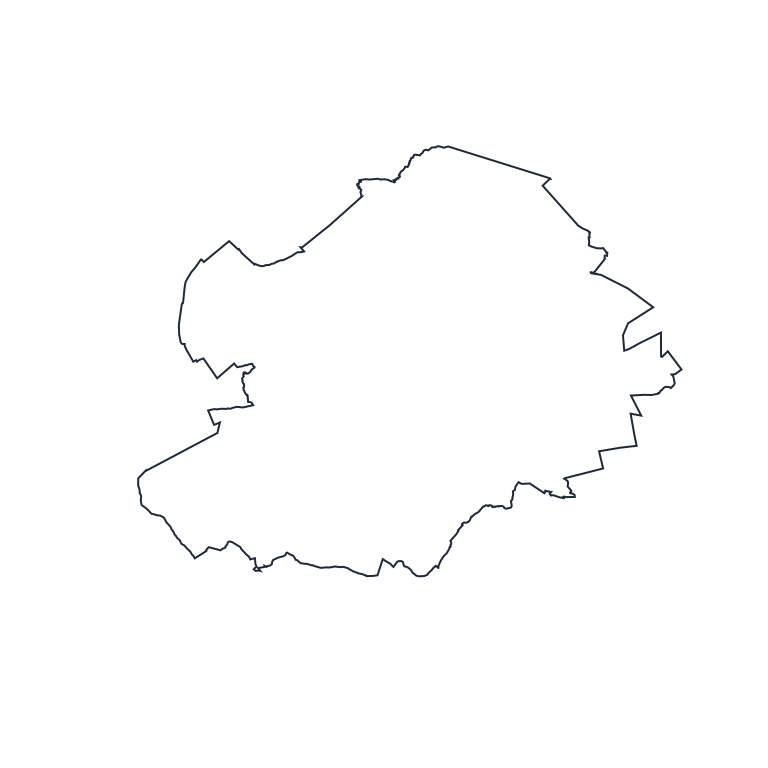 outline of General Francisco R. Murguía, Zacatecas, Mexico, rotated 138°
{"feature_id": "50627088B31059355925449", "entity_name": "General Francisco R. Murguía", "entity_type": "district", "adm_level": 2, "iso_a3": "MEX", "parent_name": "Mexico", "parent_adm1": "Zacatecas", "projection": "natural_earth1", "projection_center": [-102.697, 24.128], "detail": "fine", "context": "isolated", "style": "outline", "palette": "slate", "viewbox_px": 768, "rotation_deg": 138, "n_neighbors": 0, "source": "geoboundaries", "source_scale": "gbopen_adm2", "svg_char_len": 6166}
<svg xmlns="http://www.w3.org/2000/svg" viewBox="0 0 768 768"><g transform="rotate(138 384 384)"><path d="M324.9,178.6L317.8,172.4L316.6,174.0L317.2,176.2L317.6,177.0L318.4,177.6L318.6,178.5L318.1,179.0L316.9,178.9L316.2,179.3L316.1,185.0L313.7,186.9L312.6,188.6L312.8,191.3L313.5,193.1L312.8,193.1L277.7,174.6L269.2,190.1L251.4,178.8L237.6,169.0L232.7,177.5L220.6,196.9L214.0,188.4L208.2,210.2L197.6,201.6L192.8,197.0L190.6,195.6L186.4,193.2L186.0,193.7L185.1,193.2L183.0,193.9L183.4,194.3L181.8,193.5L179.3,194.0L176.8,193.6L174.2,191.0L173.7,190.0L173.8,189.3L173.1,189.0L169.1,189.3L167.4,190.1L164.0,195.9L163.9,198.6L161.1,196.5L153.2,195.7L151.2,218.4L159.1,218.1L159.8,218.9L143.8,236.9L167.1,243.4L178.5,246.0L183.2,248.0L173.8,260.3L162.0,265.8L132.6,260.9L138.8,291.7L149.7,319.8L151.7,322.4L151.8,323.0L152.3,323.1L152.6,324.0L153.0,323.9L154.4,325.6L154.7,326.8L155.1,326.7L156.0,327.9L155.7,328.7L155.2,328.4L155.4,327.7L152.8,326.4L137.0,329.0L136.4,329.1L136.5,329.3L134.0,331.7L132.5,330.0L130.1,332.3L130.9,333.2L130.5,333.8L130.2,338.5L131.5,339.1L135.1,342.6L137.9,347.4L139.0,350.0L136.2,352.5L133.9,356.0L133.0,355.5L132.3,356.7L130.6,358.0L130.5,358.9L129.6,358.9L129.7,360.8L132.6,367.4L133.2,370.3L133.7,371.3L133.4,425.2L123.6,425.5L123.1,425.0L122.9,425.6L177.4,517.6L181.4,519.5L184.1,523.9L185.5,525.0L187.2,525.2L188.8,526.7L190.5,527.8L194.6,527.9L196.1,530.0L197.3,530.6L198.7,530.8L200.8,530.0L202.3,530.2L204.5,529.9L205.5,531.5L206.4,532.1L206.8,533.1L208.2,534.1L209.7,533.6L209.9,533.1L211.2,533.4L211.5,532.9L213.0,533.7L214.1,532.7L215.7,532.5L215.9,532.0L216.3,532.0L216.8,531.3L217.6,531.5L218.3,530.4L219.1,530.5L220.2,529.5L221.5,529.6L222.3,531.0L223.2,531.3L224.2,530.6L226.6,530.2L229.6,530.5L231.8,529.5L232.8,529.6L233.2,529.2L233.1,527.8L233.7,527.3L235.9,528.0L236.0,527.2L238.3,528.3L238.6,527.7L240.1,528.8L240.2,527.8L240.7,526.8L241.4,526.9L241.9,528.4L243.1,529.8L244.4,532.9L246.5,535.7L249.8,538.3L251.1,540.5L257.8,545.5L260.7,548.6L265.4,551.6L265.3,550.3L265.7,549.7L266.8,550.3L267.1,551.0L268.9,549.6L270.0,550.5L270.5,550.3L271.1,548.7L270.9,548.1L270.3,547.6L270.3,547.1L271.3,547.5L271.8,546.2L271.1,545.3L271.0,543.4L273.0,542.4L273.9,540.9L274.1,539.8L275.7,538.6L275.1,538.1L317.7,538.3L353.4,540.3L354.6,541.5L354.7,536.0L357.0,537.2L360.4,539.9L367.0,540.9L374.6,543.0L377.4,544.3L377.6,544.8L378.3,545.2L381.4,546.5L381.9,546.3L382.7,546.8L385.2,547.2L386.8,548.4L389.6,549.2L392.5,551.6L394.4,552.1L396.0,553.4L397.3,555.1L399.8,560.0L400.3,558.6L402.1,576.2L401.5,581.5L402.0,581.8L402.4,581.7L403.5,593.8L436.2,595.2L436.3,598.7L436.9,599.0L446.5,596.8L452.7,596.0L463.1,592.7L467.5,589.2L479.0,578.8L479.5,578.6L480.1,579.0L481.4,578.2L496.9,565.2L502.9,558.1L507.1,551.2L507.3,549.7L507.0,548.5L505.3,547.1L506.6,545.7L507.8,542.1L510.8,528.2L507.7,527.5L508.0,525.8L505.0,525.4L501.1,523.8L504.2,499.9L481.7,499.5L481.8,494.7L476.8,491.6L474.3,490.8L473.7,489.8L471.5,489.2L470.2,488.2L469.1,487.9L468.4,487.0L469.2,485.0L468.9,483.1L469.4,482.9L473.0,483.2L475.1,482.5L477.8,482.6L478.9,483.4L479.3,484.0L479.1,484.5L480.0,484.8L479.8,485.4L480.2,485.4L480.4,486.1L481.1,485.6L481.3,485.8L481.6,485.0L482.6,484.8L483.2,483.5L485.6,483.1L486.6,481.8L486.7,481.1L487.3,480.9L487.8,480.0L488.2,479.0L488.1,477.6L489.9,475.4L491.1,475.4L491.7,474.1L492.5,473.3L492.4,472.5L492.9,471.6L493.5,468.9L493.0,467.8L493.6,467.1L493.1,466.5L494.9,464.5L495.0,463.8L495.6,463.5L497.0,461.5L495.7,460.3L494.9,458.7L495.4,455.8L504.6,461.0L508.4,465.3L512.5,467.6L514.6,468.3L516.7,470.6L517.8,470.9L521.5,474.5L525.2,477.0L527.3,479.2L532.4,482.0L537.6,467.3L531.7,465.2L540.5,459.1L618.7,478.7L618.6,479.1L629.7,478.4L634.5,473.2L636.3,469.1L638.6,466.3L638.9,464.5L639.7,462.9L642.8,460.1L645.1,456.3L643.8,450.0L643.6,443.2L641.3,439.8L641.1,439.0L638.4,436.0L637.0,432.0L638.2,427.0L638.2,420.8L639.1,418.1L639.5,414.5L640.3,412.6L640.3,410.3L640.7,408.1L640.3,404.5L641.5,400.8L640.4,397.6L640.5,393.8L640.1,389.0L640.8,385.8L640.7,383.6L641.3,381.1L628.0,378.8L627.6,378.8L627.5,379.4L626.8,379.8L623.4,380.0L616.8,369.8L614.5,369.7L611.4,368.6L610.4,369.4L608.4,369.5L605.9,370.8L604.5,370.6L603.8,369.9L602.6,368.0L599.9,359.0L600.5,356.8L600.5,354.1L600.3,352.2L600.5,350.6L599.9,345.7L600.8,343.2L596.5,340.9L600.1,336.1L600.8,333.6L604.7,333.6L604.6,331.2L601.6,328.9L601.0,327.9L600.7,331.4L594.3,327.5L594.2,328.1L593.7,326.8L593.2,327.1L591.6,325.9L589.8,325.4L588.1,325.1L585.8,326.8L584.4,327.4L579.2,326.0L574.2,323.4L571.8,322.8L570.1,323.7L568.8,323.5L567.6,319.5L566.5,317.6L566.5,315.5L567.3,312.5L566.4,311.2L565.9,306.7L563.3,303.5L561.7,302.1L559.2,297.8L558.1,296.8L557.5,295.2L553.8,289.4L549.8,286.6L548.1,284.8L544.9,282.5L542.9,281.5L538.5,276.6L537.5,276.2L536.3,274.9L533.9,271.0L533.8,269.9L532.3,265.6L529.7,260.5L527.1,256.8L526.1,254.4L525.5,254.1L525.7,253.4L525.3,252.7L520.3,248.5L516.8,246.2L502.1,254.7L500.6,249.0L499.7,246.8L499.4,241.7L493.1,243.1L491.4,242.4L489.4,240.5L489.1,239.0L490.6,236.2L490.9,234.9L489.5,233.0L488.8,230.9L488.5,228.1L489.1,223.9L488.6,223.0L488.3,220.1L487.0,218.0L482.7,214.4L479.6,213.3L476.9,213.8L473.0,213.8L470.2,214.3L467.2,214.2L466.9,213.0L466.9,211.4L466.6,211.0L464.9,212.6L459.8,214.8L454.8,216.1L450.5,216.3L445.4,218.0L444.3,218.9L443.5,218.5L442.2,219.9L441.0,220.2L440.1,221.6L439.6,223.0L430.7,224.0L426.8,225.1L426.7,225.8L420.1,226.4L420.1,227.6L419.7,227.8L417.5,227.7L415.0,225.4L412.0,225.1L407.9,226.9L407.8,226.5L403.3,226.5L399.5,225.6L392.3,226.6L391.8,226.1L389.6,225.9L388.6,224.6L388.3,223.6L387.6,223.3L387.4,223.7L386.4,223.1L385.1,221.0L385.8,220.1L385.4,219.5L383.8,218.5L383.5,218.7L381.9,217.3L381.2,217.2L380.4,216.0L379.8,216.0L377.7,214.1L377.2,212.7L377.6,211.2L376.6,209.5L372.5,207.3L370.8,207.8L367.9,212.1L366.0,212.2L364.6,213.6L362.1,215.3L360.0,217.9L357.7,217.7L354.8,219.8L349.7,221.0L348.5,217.6L342.2,212.5L338.0,195.8L337.3,196.3L336.7,195.6L335.5,196.7L332.1,192.0L333.8,192.1L334.4,191.3L334.5,190.2L334.1,190.0L334.4,189.3L332.6,188.1L328.9,181.5L327.7,180.5L327.4,179.5L326.8,178.9L326.1,180.1L325.4,179.9L324.9,178.6Z" fill="none" stroke="#1e293b" stroke-width="2"/></g></svg>